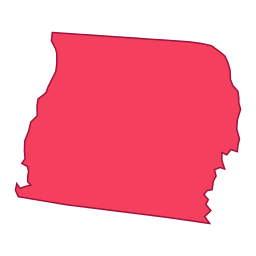 Ibema, Paraná, Brazil
{"feature_id": "56859067B69632194829853", "entity_name": "Ibema", "entity_type": "district", "adm_level": 2, "iso_a3": "BRA", "parent_name": "Brazil", "parent_adm1": "Paraná", "projection": "robinson", "projection_center": [-53.02, -25.153], "detail": "fine", "context": "isolated", "style": "filled", "palette": "rose", "viewbox_px": 256, "rotation_deg": 0, "n_neighbors": 0, "source": "geoboundaries", "source_scale": "gbopen_adm2", "svg_char_len": 905}
<svg xmlns="http://www.w3.org/2000/svg" viewBox="0 0 256 256"><path d="M52.3,32.5L51.4,40.7L55.5,48.6L56.8,53.4L56.8,63.9L55.8,71.4L48.3,86.4L46.0,92.6L42.6,95.5L38.0,99.0L37.0,106.1L37.3,115.7L30.8,122.1L28.6,131.3L24.8,140.7L24.4,151.1L25.1,158.7L21.8,163.4L27.4,166.4L28.6,171.2L27.8,176.0L27.6,181.7L30.8,185.2L25.1,186.5L20.0,188.4L16.8,183.6L15.4,190.1L18.3,196.7L66.7,204.8L166.6,217.3L209.7,223.5L204.6,216.6L210.8,210.6L205.8,204.3L208.3,199.7L203.9,194.5L207.2,190.6L212.1,189.7L213.4,180.9L216.1,176.0L214.5,169.7L220.1,167.5L224.7,169.0L221.9,160.5L221.9,152.5L226.7,154.9L230.9,149.5L237.3,151.7L238.0,144.9L239.5,139.0L236.7,128.9L237.4,119.7L240.6,109.2L238.9,103.4L238.8,97.9L237.9,91.2L232.8,85.6L230.5,79.7L230.0,69.8L227.7,62.1L224.9,56.1L221.5,53.2L216.1,49.1L211.3,45.7L201.4,43.5L189.9,41.9L160.3,39.8L154.9,39.5L52.3,32.5Z" fill="#f43f5e" stroke="#9f1239" stroke-width="1.5"/></svg>